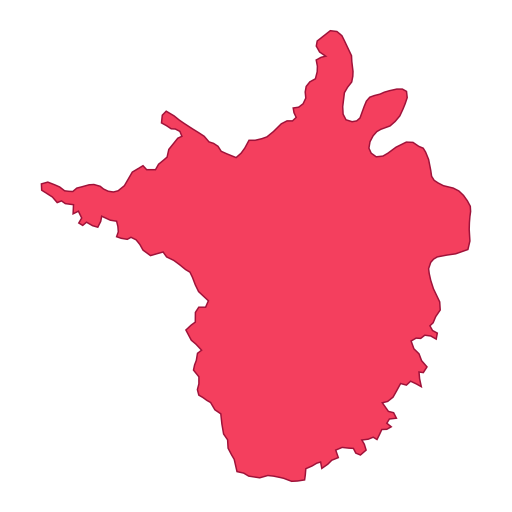 outline of Dois Vizinhos, Paraná, Brazil
{"feature_id": "56859067B29703429785729", "entity_name": "Dois Vizinhos", "entity_type": "district", "adm_level": 2, "iso_a3": "BRA", "parent_name": "Brazil", "parent_adm1": "Paraná", "projection": "natural_earth1", "projection_center": [-53.086, -25.743], "detail": "fine", "context": "isolated", "style": "filled", "palette": "rose", "viewbox_px": 512, "rotation_deg": 0, "n_neighbors": 0, "source": "geoboundaries", "source_scale": "gbopen_adm2", "svg_char_len": 3517}
<svg xmlns="http://www.w3.org/2000/svg" viewBox="0 0 512 512"><path d="M41.4,183.9L41.7,190.2L52.4,197.0L57.2,202.6L61.5,200.9L65.3,203.6L73.5,204.7L73.1,213.8L78.4,211.2L81.7,218.0L78.8,223.0L82.7,225.4L86.5,222.2L92.6,225.7L97.8,227.2L100.7,221.4L101.7,216.2L110.3,220.2L116.6,221.2L117.9,226.5L118.3,231.9L116.6,236.7L121.2,238.3L127.3,239.3L131.0,237.3L136.1,239.8L139.9,244.5L143.0,250.1L150.5,255.6L157.0,253.7L163.1,252.0L166.6,256.9L173.8,260.4L179.5,264.6L185.5,269.5L190.0,272.2L192.5,277.4L195.3,284.8L198.6,291.6L208.4,300.8L205.6,307.2L198.8,307.2L195.4,312.4L195.3,322.1L191.3,325.0L185.9,330.0L191.3,340.2L195.9,344.1L201.6,350.2L197.5,353.3L196.3,360.5L194.6,364.9L193.5,370.1L198.9,376.8L198.9,383.8L197.4,389.6L198.8,395.1L202.9,397.5L206.9,400.4L210.6,402.5L214.9,409.8L220.8,413.8L221.9,424.0L223.6,434.0L227.6,439.8L228.1,448.2L231.5,454.7L234.2,459.3L237.0,471.6L243.7,473.1L248.7,476.1L259.7,477.8L267.8,475.5L273.5,476.1L279.8,477.4L283.7,478.3L291.6,481.3L297.5,481.0L304.6,479.9L305.3,474.9L305.8,468.7L312.0,466.0L316.7,463.2L320.6,462.0L321.8,468.4L327.8,464.2L331.8,460.2L338.3,457.6L335.7,450.1L342.1,447.4L348.6,448.1L353.4,448.4L355.8,453.1L360.4,455.0L366.1,450.1L364.3,444.2L361.8,440.0L368.2,439.2L373.2,437.2L377.0,439.5L379.4,434.7L381.8,429.5L386.8,429.3L391.2,426.8L386.8,423.2L389.4,419.0L396.4,418.2L393.6,412.7L388.4,411.4L382.3,402.8L387.7,401.4L393.0,397.2L396.4,391.2L400.6,383.5L406.4,385.1L410.6,381.2L416.5,384.0L421.3,386.7L419.6,378.8L419.0,372.0L423.3,372.6L427.0,366.9L421.6,360.7L419.0,353.8L413.9,348.8L411.1,341.0L416.1,338.1L420.7,338.4L424.8,335.2L430.8,336.0L436.2,339.1L437.3,333.1L432.5,330.5L429.9,325.8L433.1,322.8L435.7,316.6L440.2,310.0L439.7,301.9L433.4,288.7L430.7,280.3L429.2,273.5L428.6,268.7L430.7,262.4L433.6,259.1L437.3,256.9L446.7,255.1L455.7,253.8L467.9,249.5L469.9,241.0L469.2,229.4L469.4,222.8L469.9,216.5L470.6,211.5L470.3,206.3L467.4,200.9L463.5,195.4L458.9,191.0L453.3,188.1L443.4,185.7L438.0,182.9L434.1,180.3L431.6,176.3L430.7,170.2L428.6,159.5L425.6,152.1L423.2,148.2L418.7,146.3L413.0,142.4L406.3,142.1L396.0,147.2L387.9,153.2L382.9,156.1L376.2,156.8L371.2,153.2L368.9,148.2L370.0,141.7L373.1,135.8L376.8,131.6L380.8,129.3L390.1,125.9L395.2,121.4L399.8,115.9L403.0,109.0L405.2,103.6L407.2,97.6L406.5,91.4L402.4,89.1L396.7,89.1L389.5,90.7L384.3,92.2L380.1,94.1L374.2,95.6L369.8,97.2L366.4,101.1L364.2,106.4L360.0,118.0L356.7,120.9L352.1,121.7L346.0,119.8L343.1,114.2L342.7,106.7L344.4,92.7L347.6,87.2L351.7,82.0L352.8,76.3L353.0,71.5L351.8,61.5L351.5,55.7L344.3,40.5L341.9,35.7L336.9,31.5L330.3,30.7L317.2,41.0L316.3,46.1L319.6,52.0L325.7,56.2L321.1,57.3L316.2,60.0L317.4,66.2L317.2,71.8L315.4,78.8L309.9,81.8L306.2,86.4L305.2,92.0L305.8,98.1L303.1,103.8L298.6,107.2L293.2,108.0L294.0,112.7L296.2,117.4L292.5,120.9L287.0,120.9L281.3,123.8L273.4,131.6L266.9,136.9L261.8,138.7L255.1,140.3L249.0,140.3L244.8,148.1L241.1,153.2L236.1,157.6L226.5,153.7L221.2,151.3L218.0,146.3L213.6,143.4L209.0,141.9L204.2,136.3L198.7,132.7L192.4,128.8L183.8,123.2L179.3,120.1L174.1,115.9L166.2,111.2L162.3,115.2L161.5,122.9L166.4,125.6L171.2,128.8L175.3,129.0L179.9,131.4L181.9,136.3L177.8,138.2L173.8,143.2L168.8,149.4L167.1,157.1L163.5,160.2L158.6,164.2L155.5,169.7L146.7,169.7L143.0,165.7L132.3,172.1L124.4,185.7L118.1,190.8L113.4,192.0L108.1,191.2L103.5,189.0L100.2,186.3L93.9,184.5L89.1,184.8L81.9,186.8L76.8,188.1L72.8,191.5L68.6,191.3L64.6,190.8L59.7,187.0L54.7,184.8L47.8,182.1L41.4,183.9Z" fill="#f43f5e" stroke="#9f1239" stroke-width="1.5"/></svg>